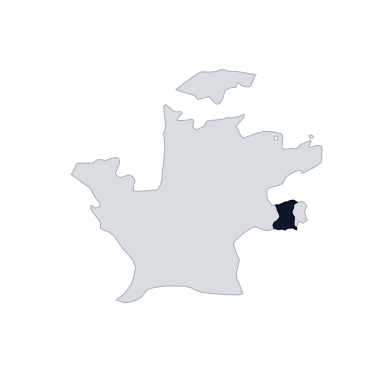 Zaqatala on a map of Azerbaijan (Albers equal-area conic projection), rotated 130°
{"feature_id": "AZE-1731", "entity_name": "Zaqatala", "entity_type": "District", "adm_level": 1, "iso_a3": "AZE", "parent_name": "Azerbaijan", "parent_adm1": "", "projection": "albers", "projection_center": [46.668, 41.598], "detail": "fine", "context": "in_parent", "style": "filled", "palette": "ink", "viewbox_px": 384, "rotation_deg": 130, "n_neighbors": 0, "source": "natural_earth", "source_scale": "10m", "svg_char_len": 3998}
<svg xmlns="http://www.w3.org/2000/svg" viewBox="0 0 384 384"><g transform="rotate(130 192 192)"><path d="M256.2,295.9L254.8,295.8L245.0,298.4L242.9,297.7L234.3,287.2L232.5,286.0L228.9,285.6L226.7,283.9L224.9,281.1L223.9,278.9L215.1,273.3L213.8,271.2L213.6,269.3L214.9,267.6L216.3,266.2L220.5,264.6L225.4,263.3L227.0,262.4L227.8,260.8L227.7,258.4L226.8,255.9L219.7,251.6L218.9,249.7L218.6,247.4L219.0,244.9L220.0,243.0L225.7,240.3L228.8,237.5L226.8,234.5L220.5,227.8L213.0,220.3L208.1,220.3L202.5,222.7L193.6,229.2L188.6,232.0L182.1,236.6L175.0,241.8L169.2,247.2L165.6,251.6L159.1,253.6L155.8,257.4L145.0,268.6L141.9,268.4L141.7,262.9L141.9,258.4L141.2,255.9L137.7,252.4L137.6,250.9L138.6,250.0L141.3,250.6L144.8,250.4L146.4,249.0L142.7,244.4L139.4,241.4L136.6,239.3L136.0,238.0L136.0,237.2L136.6,236.1L141.4,233.6L141.9,231.3L141.5,228.7L134.0,224.9L128.3,226.2L123.3,221.9L120.1,218.6L116.1,215.0L112.5,213.0L109.0,208.5L103.1,203.9L99.2,202.5L99.3,201.8L100.0,201.0L101.6,200.3L112.3,200.6L113.6,199.8L114.3,197.8L115.8,194.9L117.6,190.6L117.4,187.0L106.8,181.1L99.1,175.6L93.8,168.4L90.3,161.9L90.4,159.7L91.5,157.7L99.9,151.8L100.4,150.3L100.3,149.3L97.4,146.2L93.7,143.0L92.6,140.6L90.3,139.4L85.9,139.3L78.2,135.3L76.6,134.9L76.2,134.1L76.6,133.3L82.1,131.9L82.1,130.6L80.4,128.8L77.4,127.5L74.6,124.4L73.6,121.6L83.7,113.7L86.6,112.1L93.1,113.7L106.5,119.3L105.6,122.2L106.9,123.9L110.0,126.2L116.0,128.6L121.0,129.8L123.5,128.8L127.4,128.0L132.5,130.7L137.1,134.1L139.4,135.4L140.7,135.9L144.2,134.8L148.4,130.4L150.1,125.1L150.6,122.6L148.1,119.1L143.0,115.3L137.4,112.0L133.7,109.0L131.4,103.2L129.1,102.6L128.5,101.8L128.1,99.9L128.2,97.1L129.0,95.0L131.3,94.1L133.7,93.8L135.8,91.7L138.4,87.8L139.5,85.6L144.4,86.8L145.1,90.4L145.9,91.1L148.0,90.7L151.4,89.2L154.1,90.4L157.6,94.6L162.4,99.1L165.0,102.1L166.0,104.1L168.5,106.1L172.1,108.5L175.0,112.2L177.7,120.8L180.3,122.8L189.7,126.0L193.0,126.6L202.1,127.6L205.4,126.8L210.0,119.3L214.1,111.6L218.0,109.9L225.1,106.1L229.3,102.5L231.1,98.7L234.9,91.5L237.3,87.5L241.6,90.9L249.1,100.4L259.9,115.8L262.6,120.1L264.5,125.2L266.1,131.4L268.6,136.8L279.7,150.4L284.5,155.3L292.3,161.7L295.0,163.1L298.6,163.4L305.0,163.1L311.1,165.5L314.1,167.2L317.3,169.7L320.1,172.6L323.3,180.6L312.7,178.4L302.3,179.2L296.4,181.2L290.8,183.8L285.4,187.3L282.1,194.0L279.7,209.2L275.8,223.5L276.2,230.1L278.3,236.3L278.2,239.3L276.2,240.6L273.8,243.4L270.9,256.5L269.4,259.1L267.3,260.8L266.7,259.3L266.7,255.9L261.9,253.0L259.6,256.4L258.1,263.6L254.8,271.3L254.7,272.7L256.2,295.9ZM98.5,163.4L98.9,161.4L97.6,160.4L96.3,160.4L95.1,161.4L95.0,163.9L96.7,164.4L98.5,163.4ZM63.0,221.9L61.4,219.8L60.7,218.6L65.4,217.8L73.2,215.1L75.3,216.5L77.5,219.4L78.6,221.9L78.8,226.4L79.7,227.2L83.5,225.7L85.1,227.6L88.0,229.8L93.0,232.0L100.4,228.7L104.0,227.9L107.0,228.0L108.6,229.1L109.1,232.6L108.5,236.9L107.6,239.3L109.1,241.1L115.1,245.3L117.6,247.6L116.3,251.7L120.7,261.5L122.2,265.4L123.9,270.1L114.7,268.2L98.2,264.0L93.7,261.9L89.5,256.4L87.0,253.7L83.2,250.2L80.2,248.9L77.9,246.5L76.6,243.0L74.7,239.8L71.4,236.0L63.9,223.3L63.0,221.9ZM74.3,137.8L73.3,138.5L71.8,137.7L71.4,136.2L71.5,134.5L73.1,134.2L74.3,134.7L74.6,136.2L74.3,137.8Z" fill="#d9dde1" stroke="#a8b0b8" stroke-width="1"/><path d="M153.3,88.0L153.7,88.0L153.9,88.7L154.3,91.1L154.5,91.9L155.0,92.6L158.0,95.4L158.8,95.9L159.4,96.1L160.5,96.2L161.1,96.5L161.3,96.8L161.5,98.0L161.7,98.4L162.3,99.3L164.6,101.2L165.8,103.1L166.2,104.9L166.8,106.0L165.1,108.6L162.3,109.2L159.4,108.3L156.3,108.1L154.0,108.9L152.5,111.3L151.0,114.7L149.0,117.3L148.6,119.0L148.3,118.8L147.6,119.0L146.8,117.3L144.6,116.0L140.1,114.1L138.0,112.1L137.0,111.8L136.5,111.6L134.1,109.9L133.3,108.9L132.9,107.5L132.6,105.1L133.7,105.4L135.1,106.2L136.5,106.0L137.7,105.1L139.0,104.2L140.5,103.9L142.1,103.3L143.5,102.4L144.6,101.0L145.1,99.1L145.8,97.4L147.2,96.3L148.6,95.4L150.4,94.2L151.9,92.5L152.6,90.4L152.3,89.0L152.5,88.8L153.3,88.0Z" fill="#0f172a" stroke="#020617" stroke-width="1.5"/></g></svg>